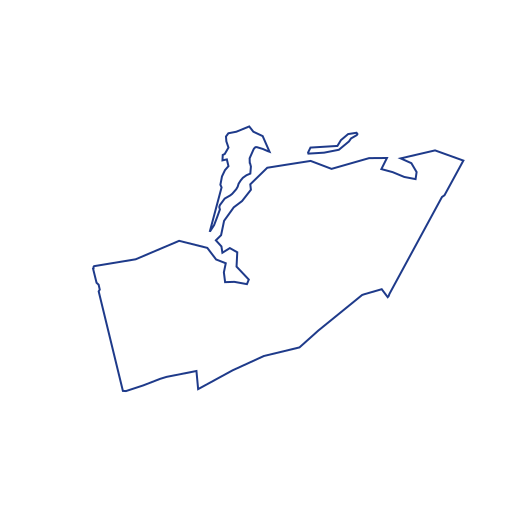 Juneau, Alaska, United States of America, rotated 118°
{"feature_id": "52423323B73641468228234", "entity_name": "Juneau", "entity_type": "district", "adm_level": 2, "iso_a3": "USA", "parent_name": "United States of America", "parent_adm1": "Alaska", "projection": "natural_earth1", "projection_center": [-134.408, 58.383], "detail": "fine", "context": "isolated", "style": "outline", "palette": "blue", "viewbox_px": 512, "rotation_deg": 118, "n_neighbors": 0, "source": "geoboundaries", "source_scale": "gbopen_adm2", "svg_char_len": 1665}
<svg xmlns="http://www.w3.org/2000/svg" viewBox="0 0 512 512"><g transform="rotate(118 256 256)"><path d="M74.4,117.7L78.7,147.5L101.9,174.1L101.1,162.4L106.5,153.6L113.2,151.2L116.6,162.2L117.8,174.7L120.4,186.1L108.0,186.4L116.5,202.1L143.6,230.2L146.4,252.4L161.4,272.4L172.8,287.5L195.4,294.7L199.9,291.6L214.0,294.1L223.5,298.5L239.9,300.7L254.0,296.6L261.0,298.8L263.8,291.0L268.9,287.2L261.3,282.8L261.5,274.3L274.5,268.2L280.2,251.3L285.1,250.8L289.0,263.0L293.6,271.0L285.5,276.7L276.6,279.3L277.8,289.6L271.7,302.8L278.7,331.0L315.4,360.7L341.0,394.2L342.1,394.3L343.3,393.6L343.7,393.9L354.5,384.2L355.2,381.5L359.0,378.2L361.1,378.3L437.6,310.2L436.3,307.4L423.3,294.9L409.5,283.0L404.7,278.2L385.5,254.6L400.7,244.6L367.8,222.9L340.6,202.1L316.3,174.7L292.4,165.9L240.6,144.0L238.8,142.3L226.3,129.4L230.5,120.4L229.1,120.1L226.7,120.4L116.6,119.5L113.9,118.1L74.4,117.7ZM255.5,308.4L255.4,308.1L248.4,307.5L240.4,308.5L231.9,309.7L230.0,311.4L228.1,311.8L220.0,310.6L214.6,307.2L212.3,306.2L206.3,304.8L203.4,304.7L200.3,305.3L196.5,305.0L193.1,304.3L189.1,302.3L185.9,299.7L179.4,302.5L176.9,304.8L176.8,305.2L172.7,307.5L163.3,308.2L162.1,308.2L160.2,307.6L159.5,306.4L158.3,300.3L157.9,295.0L157.6,293.0L147.0,306.4L147.5,316.7L144.8,322.8L155.5,331.7L160.6,338.0L164.6,338.6L168.7,336.0L173.2,331.2L180.6,331.5L182.4,332.8L187.3,330.5L184.4,327.1L189.6,322.5L194.7,323.7L201.7,323.4L209.8,320.9L211.6,318.6L255.5,308.4ZM100.7,223.7L100.0,225.1L105.1,231.9L113.8,235.4L120.6,235.8L134.7,258.8L140.2,258.6L141.0,257.8L132.8,244.4L123.3,232.7L111.2,227.7L107.6,227.3L102.0,223.8L100.7,223.7Z" fill="none" stroke="#1e3a8a" stroke-width="2"/></g></svg>